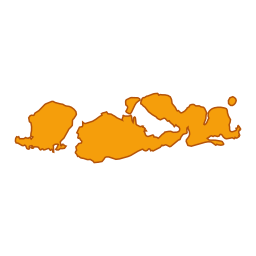 the Province of Nusa Tenggara Barat
{"feature_id": "IDN-555", "entity_name": "Nusa Tenggara Barat", "entity_type": "Province", "adm_level": 1, "iso_a3": "IDN", "parent_name": "Indonesia", "parent_adm1": "", "projection": "mercator", "projection_center": [117.655, -8.595], "detail": "fine", "context": "isolated", "style": "filled", "palette": "amber", "viewbox_px": 256, "rotation_deg": 0, "n_neighbors": 0, "source": "natural_earth", "source_scale": "10m", "svg_char_len": 5916}
<svg xmlns="http://www.w3.org/2000/svg" viewBox="0 0 256 256"><path d="M240.6,129.0L239.7,129.5L240.0,130.1L239.1,130.8L238.7,131.3L238.7,132.3L238.9,133.3L239.7,135.1L238.9,135.5L239.2,136.5L237.2,137.9L236.3,138.1L235.1,137.4L234.8,138.3L234.4,138.7L233.8,138.6L232.2,137.7L230.6,138.1L226.5,138.8L225.2,138.5L223.4,137.1L221.9,134.9L221.4,134.5L220.3,134.3L219.8,134.6L219.6,135.3L219.1,136.0L217.5,136.5L214.6,135.7L213.1,136.5L211.4,135.8L210.1,136.3L208.9,137.3L207.2,138.3L208.8,139.8L209.4,140.1L215.4,140.2L220.9,141.1L222.2,141.6L223.5,143.5L223.7,144.1L223.3,144.6L222.5,144.9L220.9,145.2L218.2,144.8L216.8,144.3L216.5,144.8L215.7,145.2L212.2,142.6L210.9,141.9L208.0,141.8L205.0,142.3L191.3,146.2L187.9,145.4L186.2,141.5L186.4,139.8L188.5,137.1L189.3,135.5L189.6,134.4L189.6,133.3L189.3,131.3L188.0,128.3L188.0,127.1L187.0,128.0L186.8,129.5L187.1,132.5L186.6,133.3L184.0,134.0L182.9,134.5L181.1,136.9L180.0,139.5L179.4,139.8L178.6,139.9L170.8,146.4L169.7,146.7L166.8,145.2L165.6,144.8L162.8,145.7L162.6,145.4L161.9,145.2L161.4,146.0L160.9,146.4L160.2,147.3L153.0,151.0L152.3,150.5L151.8,150.4L150.7,150.8L150.0,149.3L149.6,148.9L148.6,148.9L147.3,150.3L146.1,150.8L145.2,150.8L144.1,150.3L143.5,150.0L142.8,149.2L141.9,149.4L138.1,151.1L130.8,155.4L128.1,156.5L119.5,158.9L115.9,159.3L108.6,156.9L106.4,156.9L105.0,157.5L103.8,159.4L102.0,161.5L98.3,162.2L94.2,162.6L93.0,161.1L90.2,159.4L88.8,159.6L87.3,159.6L83.6,158.4L82.1,158.2L80.6,157.8L78.5,156.2L77.7,156.4L76.6,154.2L75.4,152.8L75.6,151.7L76.7,150.1L76.3,148.9L75.9,146.8L77.5,145.2L78.7,143.6L81.3,143.0L81.8,141.7L81.6,140.9L80.5,139.9L79.6,138.1L78.3,138.3L77.8,137.6L78.4,135.4L78.3,133.7L76.8,132.8L79.5,127.2L82.3,126.6L82.8,125.2L82.7,122.1L84.0,123.2L84.6,123.4L85.5,123.5L92.5,121.3L95.7,119.4L99.6,116.5L102.0,115.2L101.4,113.7L102.9,112.9L105.1,112.4L106.6,111.9L107.9,113.8L111.0,114.1L111.8,114.5L112.7,115.1L114.6,116.1L117.1,117.9L122.5,120.3L122.1,119.2L123.0,116.8L123.1,115.5L123.4,115.4L124.8,116.1L128.2,116.1L129.9,115.8L130.8,115.2L131.5,116.3L132.1,120.7L133.1,122.5L133.5,121.1L133.6,117.9L134.5,117.0L135.2,117.4L135.5,118.7L136.0,123.2L136.2,124.3L136.9,125.0L140.2,126.7L142.3,126.0L143.2,126.2L142.7,127.1L144.0,127.6L144.5,128.0L145.1,128.6L144.6,129.3L144.6,129.7L146.0,130.2L146.4,130.9L145.0,130.9L144.1,131.3L144.6,132.3L145.5,134.8L146.1,135.7L147.3,136.4L148.5,136.4L152.7,135.0L153.2,135.1L153.6,135.5L153.9,136.9L155.9,137.1L157.2,137.5L158.2,138.3L159.5,137.2L162.3,134.3L163.5,133.6L164.0,133.0L164.7,132.5L164.8,132.1L168.5,131.4L170.8,131.3L173.1,132.3L176.7,132.2L178.0,131.8L179.1,131.1L179.7,130.0L179.7,128.7L179.2,127.5L178.3,126.6L177.2,126.2L175.9,124.8L175.1,125.9L174.3,126.7L173.2,124.9L170.2,122.4L169.2,120.7L168.8,120.7L168.1,121.3L167.2,120.8L165.3,118.6L164.1,118.2L162.7,118.7L160.5,119.8L159.5,119.5L158.3,118.9L157.3,118.3L156.3,117.0L152.4,114.7L148.5,111.7L145.1,107.3L143.2,105.9L141.8,104.3L141.1,104.1L140.7,103.3L141.0,101.6L142.2,98.5L143.0,97.8L143.6,97.6L144.5,97.6L146.6,96.2L147.8,96.0L153.3,93.9L154.8,93.6L157.5,93.4L158.0,93.8L158.8,95.2L159.4,95.0L160.0,94.6L160.6,94.6L161.9,94.8L165.1,94.9L168.0,95.5L170.3,96.9L171.5,99.5L172.1,103.5L175.2,107.3L176.6,110.0L177.2,110.8L177.6,110.9L178.4,110.6L180.6,112.7L181.1,112.9L182.2,112.6L184.7,111.1L186.4,109.3L186.9,108.7L187.1,108.0L189.0,106.9L189.9,105.2L191.2,104.6L192.7,104.4L193.9,104.5L195.6,105.8L196.4,105.9L199.2,105.9L199.7,106.1L200.8,106.8L203.5,107.3L204.6,108.4L206.7,112.9L206.3,114.0L206.0,115.7L205.8,118.6L204.1,123.3L204.0,124.4L204.8,124.7L205.9,123.8L206.8,122.5L208.0,119.6L208.8,118.3L208.7,117.6L208.1,116.1L208.2,113.4L209.1,111.4L210.6,109.8L212.2,108.7L214.5,107.8L217.7,107.3L220.9,107.3L223.7,107.8L225.2,108.2L226.3,108.7L226.9,109.5L227.3,111.0L227.5,112.9L228.5,116.1L230.5,119.6L230.1,122.2L229.1,124.8L229.6,127.1L229.6,128.8L229.8,130.3L230.5,131.4L232.1,131.8L234.4,131.1L235.7,130.5L236.5,130.0L236.4,129.3L236.0,128.3L237.4,127.9L237.7,127.5L237.8,126.0L238.2,125.6L239.1,126.5L240.6,129.0ZM69.1,106.4L71.4,107.3L73.9,109.2L75.9,111.6L76.4,114.2L75.9,115.4L73.7,118.7L73.0,119.3L72.5,120.2L72.3,125.3L71.4,126.5L68.7,129.3L68.1,130.6L63.9,138.1L61.5,140.4L60.2,142.0L60.7,144.0L60.6,145.0L60.8,145.7L61.5,145.8L62.1,144.7L62.9,144.2L63.3,144.9L64.2,145.1L65.0,145.8L66.1,146.1L64.5,148.3L61.8,148.7L60.8,148.3L58.5,149.9L56.6,149.9L55.7,149.3L57.0,147.6L58.3,144.5L57.2,144.1L55.0,144.3L53.3,145.5L53.7,152.2L52.8,151.9L52.7,150.1L52.1,149.4L51.5,149.3L50.9,150.2L50.3,150.3L49.3,148.8L48.7,148.5L47.5,148.7L45.0,149.7L43.8,149.9L43.4,149.7L43.0,149.1L42.6,148.9L41.8,149.1L40.9,149.8L40.5,149.9L39.9,149.5L38.7,147.7L38.0,147.1L37.0,146.9L33.9,146.8L33.6,147.8L32.9,148.3L31.9,148.2L31.1,147.5L31.8,147.2L32.3,146.7L32.4,146.2L32.0,145.7L31.4,145.6L29.5,146.2L29.2,146.6L29.5,148.7L28.8,149.1L28.1,149.1L26.9,148.5L26.6,147.9L26.0,146.3L25.6,145.7L24.7,145.1L24.0,145.5L23.1,145.7L22.0,145.5L18.0,143.2L16.1,142.9L15.4,141.2L15.5,139.8L15.7,138.3L16.7,136.7L18.0,137.1L18.7,136.7L19.6,138.7L23.8,138.7L25.7,137.5L26.3,137.9L28.3,138.3L29.5,137.4L30.2,137.4L30.6,138.4L31.2,139.1L32.0,138.0L32.6,137.6L32.9,136.9L30.8,136.0L31.0,133.2L31.5,130.9L31.6,126.8L31.0,123.0L29.4,121.6L28.7,117.8L30.1,115.8L31.4,115.2L33.3,115.4L33.9,115.2L35.0,113.1L38.9,110.6L44.8,104.5L45.9,103.8L51.9,101.4L53.1,101.4L55.1,102.5L60.0,103.8L62.8,104.3L65.0,105.6L66.2,106.0L69.1,106.4ZM137.9,97.8L139.7,98.9L140.0,99.7L139.8,100.2L138.1,101.3L136.3,102.9L135.0,104.9L131.4,112.4L130.5,113.4L129.2,113.8L126.4,112.2L125.9,111.4L126.0,111.0L126.7,110.1L127.7,107.7L127.6,106.8L126.9,105.7L125.9,105.0L125.8,104.7L125.6,101.9L125.7,101.0L126.0,100.2L126.5,99.7L130.2,97.9L131.2,97.6L137.9,97.8ZM232.8,96.7L234.6,97.7L235.8,99.0L236.2,100.7L235.5,102.7L234.8,103.7L233.7,104.8L232.3,105.5L230.5,105.4L228.6,103.6L228.4,100.6L229.9,97.8L232.8,96.7Z" fill="#f59e0b" stroke="#b45309" stroke-width="1.5"/></svg>